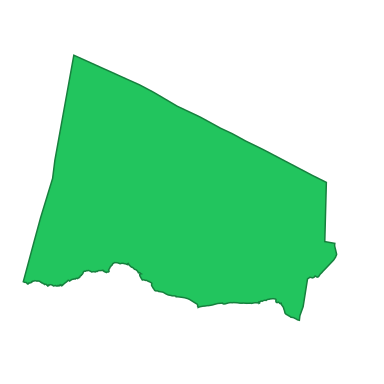 the district of Falealili, Tuamasaga, Samoa, rotated 9°
{"feature_id": "51752279B81921466612681", "entity_name": "Falealili", "entity_type": "district", "adm_level": 2, "iso_a3": "WSM", "parent_name": "Samoa", "parent_adm1": "Tuamasaga", "projection": "robinson", "projection_center": [-171.676, -13.991], "detail": "fine", "context": "isolated", "style": "filled", "palette": "green", "viewbox_px": 384, "rotation_deg": 9, "n_neighbors": 0, "source": "geoboundaries", "source_scale": "gbopen_adm2", "svg_char_len": 4017}
<svg xmlns="http://www.w3.org/2000/svg" viewBox="0 0 384 384"><g transform="rotate(9 192 192)"><path d="M82.4,83.2L53.9,75.4L51.6,182.1L52.2,200.4L46.5,241.0L43.8,265.6L39.4,307.0L40.8,307.4L42.5,307.3L43.8,308.5L44.4,308.6L45.0,307.5L45.5,307.5L45.9,307.1L47.0,306.9L47.6,306.2L47.9,306.1L47.8,305.6L49.0,304.8L49.7,304.8L50.7,304.1L53.0,304.3L53.6,303.9L55.7,304.1L56.5,304.7L57.0,304.7L57.8,305.3L58.7,305.3L59.6,305.9L60.7,306.0L61.1,306.4L61.4,306.1L62.5,306.0L63.2,306.4L63.3,306.8L64.0,307.0L64.2,307.4L65.0,307.0L65.2,306.1L65.7,306.2L66.1,305.8L67.0,305.6L68.2,305.7L70.0,306.5L71.1,306.0L71.9,305.7L72.5,306.1L74.4,305.8L74.4,305.3L75.6,305.4L75.7,304.9L76.3,305.0L76.5,304.2L77.5,304.7L77.7,304.3L78.2,304.1L78.3,304.8L78.7,304.5L78.7,303.9L79.1,303.8L80.5,302.1L81.7,300.8L82.2,300.4L82.5,299.8L83.1,299.3L83.3,298.7L83.9,298.5L85.1,299.1L85.8,298.3L86.2,298.1L86.7,297.3L87.2,297.2L88.3,296.6L88.8,296.6L89.2,296.2L90.2,296.3L90.8,295.6L91.2,295.3L92.6,295.4L93.2,294.6L93.8,294.4L93.9,293.9L94.5,293.6L94.8,292.4L95.8,291.7L95.7,291.2L96.5,290.4L97.0,289.4L97.0,288.7L97.5,287.5L98.2,287.0L99.3,286.9L100.2,286.1L100.8,286.2L101.8,285.7L102.8,285.8L104.8,286.4L105.3,286.7L107.5,286.0L108.1,286.1L109.3,286.0L109.7,285.4L110.9,285.3L111.1,285.0L112.1,284.2L113.7,284.0L115.6,283.5L116.0,283.6L116.3,283.2L117.3,283.8L117.4,284.2L118.1,284.2L118.3,284.5L120.1,284.9L120.4,284.4L121.4,284.2L122.1,284.0L122.5,283.4L122.4,282.9L121.8,282.1L122.0,281.4L122.5,280.7L122.7,279.7L122.9,278.9L123.4,278.4L123.9,277.1L124.6,276.6L125.0,275.1L126.0,274.4L126.5,273.8L127.3,273.8L128.5,273.6L130.0,273.6L132.2,274.1L133.5,273.5L135.1,273.2L136.3,273.4L137.3,273.3L139.5,273.8L139.7,272.8L140.1,272.5L140.5,273.0L141.5,274.2L142.0,274.3L142.9,275.1L144.1,275.7L144.8,275.7L146.0,276.3L146.5,276.8L147.4,277.3L149.0,277.6L150.2,278.4L150.9,279.1L151.7,280.2L152.1,279.8L153.5,280.1L153.8,280.6L154.4,280.8L153.6,281.1L153.2,281.6L153.3,282.1L153.7,283.0L155.1,284.9L156.7,286.7L157.7,286.3L158.3,286.3L160.0,286.6L161.0,286.4L162.2,286.8L162.9,287.2L163.6,287.1L166.3,288.2L166.6,288.5L166.6,290.3L167.1,291.1L168.9,293.3L169.8,294.1L170.4,294.9L171.2,295.3L172.1,295.3L173.3,295.0L174.6,295.5L176.5,295.4L177.2,295.5L178.0,295.4L178.9,295.5L179.9,295.8L182.1,296.7L184.6,297.4L187.9,297.5L188.5,297.7L190.8,297.3L192.4,297.4L192.7,298.0L194.5,297.7L198.7,297.6L201.4,297.6L204.5,298.0L206.4,298.5L211.3,300.6L212.7,301.2L214.7,302.0L215.4,302.9L215.3,303.7L215.8,304.3L216.1,305.1L216.6,304.7L218.1,304.0L220.6,303.1L222.7,302.6L225.0,301.8L225.9,301.7L227.8,301.1L230.0,300.3L232.1,299.3L234.6,298.2L235.6,297.9L239.5,297.0L239.6,297.3L240.4,297.6L241.1,297.6L242.5,297.2L245.2,295.9L247.0,295.3L249.5,295.0L250.7,294.6L251.6,294.6L253.8,294.3L256.6,294.3L259.3,293.9L259.7,293.7L263.3,293.4L267.1,292.7L268.3,292.7L270.3,291.9L271.6,291.5L274.3,291.2L274.7,291.1L275.3,290.1L275.5,290.3L275.7,291.4L276.1,291.1L275.9,290.4L277.0,289.1L277.5,288.8L278.3,289.0L279.5,288.1L280.9,287.5L282.2,287.5L282.6,286.9L283.7,286.2L285.2,285.8L285.9,285.3L286.1,285.4L287.8,284.9L289.3,284.6L291.2,284.7L291.6,284.9L292.0,285.4L291.8,286.4L292.2,287.5L293.3,288.0L294.4,287.3L295.0,287.5L296.3,288.4L296.7,288.4L297.3,287.8L297.6,288.1L297.7,288.9L300.0,291.3L300.5,292.0L301.0,293.2L301.7,294.4L302.8,297.0L303.4,297.6L304.4,298.2L305.8,298.6L306.4,299.0L308.1,299.5L309.2,300.2L311.8,300.2L312.4,300.4L315.3,301.3L316.0,301.7L318.1,301.9L317.9,297.3L319.7,287.9L319.7,259.7L321.1,258.5L321.7,257.8L323.2,257.8L324.3,258.0L325.0,257.7L326.0,257.0L326.6,255.8L326.9,255.7L328.3,256.3L329.0,256.5L329.8,256.2L330.6,255.1L331.4,253.2L332.9,251.2L333.6,250.0L336.0,246.6L342.5,237.1L344.0,233.9L344.1,233.1L344.5,231.8L344.6,230.9L342.6,226.0L341.9,224.4L341.3,222.8L341.1,221.1L341.1,220.4L330.9,220.2L323.2,161.5L308.0,156.7L255.8,139.0L236.8,133.2L229.1,130.4L222.6,128.1L210.1,124.5L188.7,116.8L164.0,109.6L138.4,99.5L123.5,94.4L109.8,90.7L100.0,88.0L82.4,83.2Z" fill="#22c55e" stroke="#15803d" stroke-width="1.5"/></g></svg>